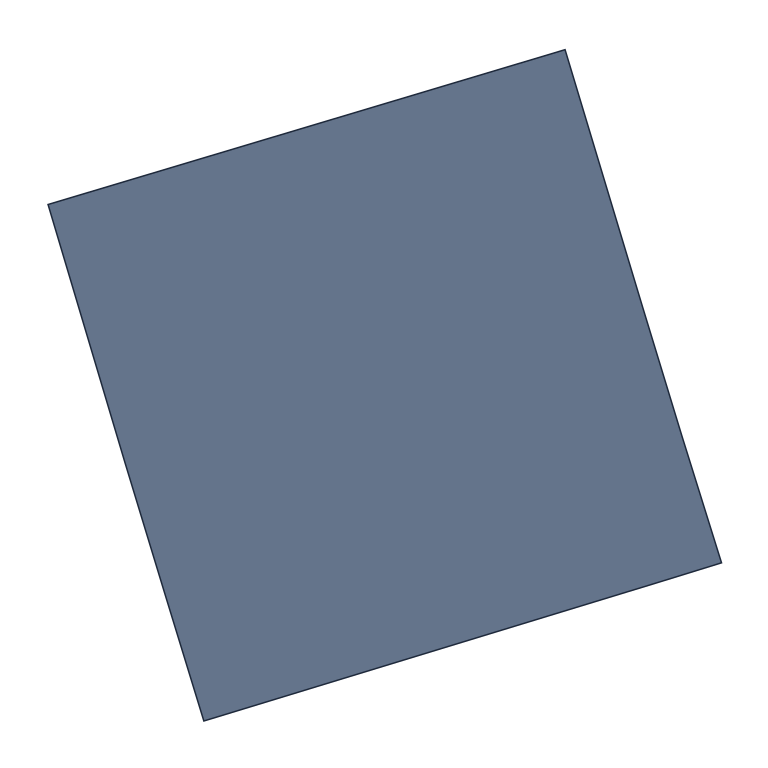 Cerro Gordo, Iowa, United States of America (orthographic projection), rotated 73°
{"feature_id": "52423323B72245679426009", "entity_name": "Cerro Gordo", "entity_type": "district", "adm_level": 2, "iso_a3": "USA", "parent_name": "United States of America", "parent_adm1": "Iowa", "projection": "orthographic", "projection_center": [-93.19, 43.082], "detail": "fine", "context": "isolated", "style": "filled", "palette": "slate", "viewbox_px": 768, "rotation_deg": 73, "n_neighbors": 0, "source": "geoboundaries", "source_scale": "gbopen_adm2", "svg_char_len": 290}
<svg xmlns="http://www.w3.org/2000/svg" viewBox="0 0 768 768"><g transform="rotate(73 384 384)"><path d="M653.7,113.5L520.6,114.3L386.0,114.2L117.2,113.1L114.1,652.8L383.8,654.7L519.1,654.9L653.6,654.8L653.9,180.0L653.7,113.5Z" fill="#64748b" stroke="#1e293b" stroke-width="1.5"/></g></svg>